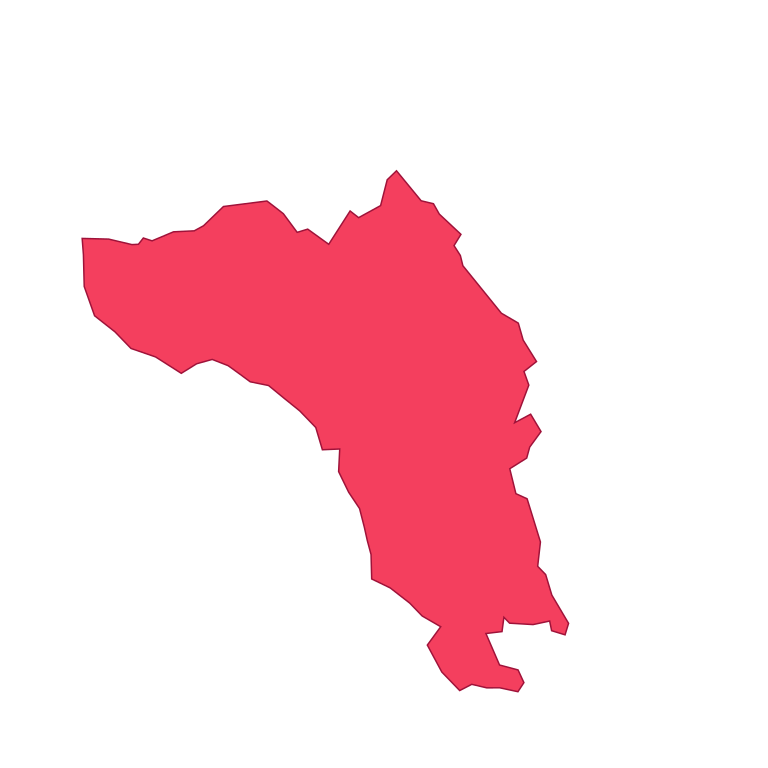 Alevga, Nicosia, Cyprus (Equal Earth projection), rotated 136°
{"feature_id": "46923920B64835616919063", "entity_name": "Alevga", "entity_type": "district", "adm_level": 2, "iso_a3": "CYP", "parent_name": "Cyprus", "parent_adm1": "Nicosia", "projection": "equal_earth", "projection_center": [32.609, 35.152], "detail": "fine", "context": "isolated", "style": "filled", "palette": "rose", "viewbox_px": 768, "rotation_deg": 136, "n_neighbors": 0, "source": "geoboundaries", "source_scale": "gbopen_adm2", "svg_char_len": 1302}
<svg xmlns="http://www.w3.org/2000/svg" viewBox="0 0 768 768"><g transform="rotate(136 384 384)"><path d="M510.5,685.7L531.9,662.4L544.8,634.1L541.3,608.4L541.3,585.3L529.5,562.1L522.4,532.5L504.7,528.7L490.5,521.0L483.4,505.5L481.1,492.7L478.7,478.5L468.1,463.1L465.7,442.5L463.3,423.2L463.3,400.1L474.0,379.5L461.0,368.0L477.5,352.5L484.6,330.7L488.1,311.4L497.6,294.7L504.7,283.1L511.8,270.3L528.3,252.3L521.2,233.0L517.7,208.5L517.7,190.6L511.8,170.0L534.2,166.1L542.5,136.6L542.5,110.9L529.5,107.0L521.2,94.1L511.8,85.1L501.4,69.6L490.8,72.0L486.2,85.2L496.1,101.6L484.0,133.7L471.1,123.9L459.8,132.9L459.8,124.7L443.9,107.4L429.5,98.4L434.8,90.1L428.0,77.8L417.5,83.6L409.9,115.6L400.1,134.6L400.1,146.1L381.2,161.7L360.8,202.0L365.3,213.5L352.4,235.7L332.8,231.6L323.0,237.4L304.1,240.7L299.5,260.4L316.9,265.4L280.6,282.6L274.6,295.8L258.7,294.2L253.4,318.9L245.1,334.5L250.4,353.4L245.1,414.3L239.8,423.4L237.5,434.9L224.7,438.2L226.2,467.8L223.2,479.3L230.0,490.0L226.9,528.7L239.8,528.7L262.5,514.7L286.7,521.3L288.2,532.0L326.7,522.9L331.3,548.4L341.1,553.4L338.1,576.4L340.0,589.9L341.1,597.0L376.2,623.2L403.9,623.2L414.1,626.0L429.7,639.7L451.4,648.1L455.7,656.2L463.6,655.1L468.5,659.4L481.4,679.5L500.0,698.4L510.5,685.7Z" fill="#f43f5e" stroke="#9f1239" stroke-width="1.5"/></g></svg>